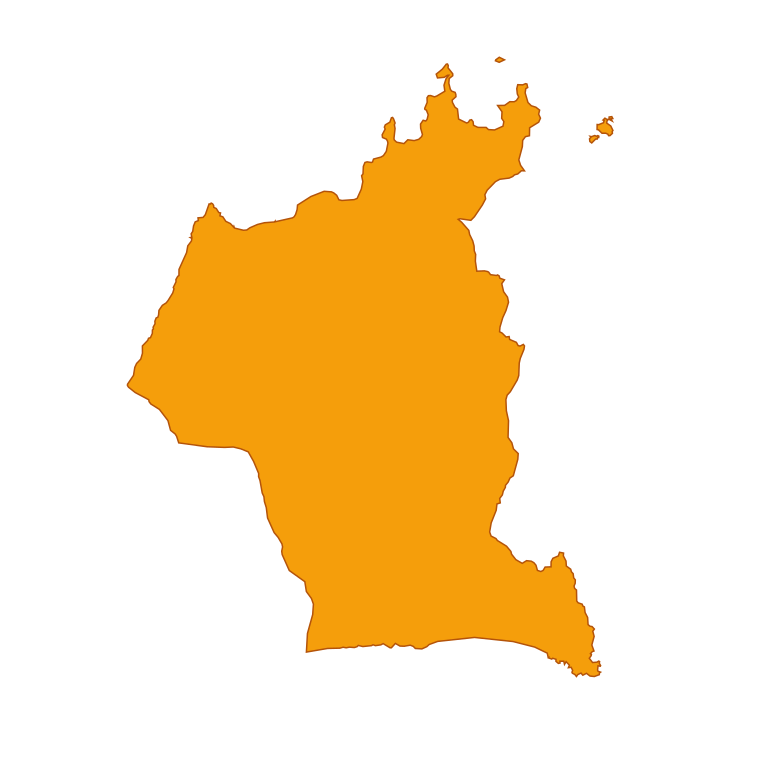 Butiam, Mara, United Republic of Tanzania, rotated 84°
{"feature_id": "72390352B35299561044003", "entity_name": "Butiam", "entity_type": "district", "adm_level": 2, "iso_a3": "TZA", "parent_name": "United Republic of Tanzania", "parent_adm1": "Mara", "projection": "albers", "projection_center": [33.892, -1.67], "detail": "fine", "context": "isolated", "style": "filled", "palette": "amber", "viewbox_px": 768, "rotation_deg": 84, "n_neighbors": 0, "source": "geoboundaries", "source_scale": "gbopen_adm2", "svg_char_len": 6149}
<svg xmlns="http://www.w3.org/2000/svg" viewBox="0 0 768 768"><g transform="rotate(84 384 384)"><path d="M642.5,489.2L641.1,467.7L642.1,455.5L641.5,452.2L642.4,449.2L642.1,445.9L643.0,441.0L642.4,438.2L641.3,436.9L642.9,432.5L642.9,423.8L642.2,422.2L643.3,419.9L643.1,414.4L642.1,412.0L647.0,405.5L647.1,404.2L643.2,399.8L646.3,395.5L646.9,391.3L646.5,385.2L648.0,382.3L650.3,380.5L651.4,374.0L649.7,368.9L647.8,366.3L645.6,357.5L645.5,320.5L653.6,282.6L661.4,261.6L668.7,249.8L673.0,249.3L673.0,248.8L673.5,249.2L675.1,245.9L674.4,244.9L675.8,241.7L677.8,242.0L680.1,239.8L679.9,238.1L678.1,238.1L678.5,234.2L681.7,233.8L679.2,231.9L683.0,229.0L685.4,230.3L685.3,227.5L688.5,226.3L690.3,227.2L691.3,226.9L692.9,224.5L695.0,223.2L693.2,221.6L692.1,218.3L694.4,216.7L692.9,212.9L696.0,209.6L696.9,205.4L695.6,200.3L693.8,199.9L693.2,198.8L692.0,201.2L690.9,201.5L686.6,200.6L687.3,198.4L686.7,198.0L684.2,199.1L682.6,198.6L682.0,199.4L682.9,201.3L682.8,205.7L678.2,208.5L675.9,206.4L674.6,206.0L673.8,206.9L671.9,204.8L671.5,203.1L665.3,204.6L657.0,201.4L651.7,202.2L649.7,200.4L647.0,202.4L646.4,204.5L644.6,206.2L637.5,205.9L632.3,207.9L626.6,208.0L625.5,209.5L623.7,209.9L621.9,213.8L620.0,215.0L609.0,214.1L607.2,215.8L604.8,216.1L602.2,214.7L598.8,214.2L596.6,215.6L592.4,215.7L590.4,217.2L587.7,217.7L584.1,221.7L579.1,221.5L573.7,223.6L570.9,223.1L569.7,227.0L573.2,228.6L575.0,234.3L578.3,236.4L583.3,237.0L582.9,242.9L586.0,245.2L586.9,247.6L585.4,250.9L580.1,251.8L577.4,253.6L575.6,256.1L574.6,260.7L576.8,265.3L572.5,271.2L566.6,274.9L563.8,275.3L558.1,279.1L551.5,287.6L549.4,288.8L546.4,293.4L542.2,294.4L533.3,291.9L521.3,285.6L515.1,284.2L514.4,280.8L509.9,280.9L506.7,277.9L503.0,276.6L499.5,274.1L497.5,273.8L494.4,270.7L490.7,268.6L488.8,265.0L472.9,258.8L467.2,257.8L462.1,262.0L455.8,263.0L450.1,266.2L433.5,264.0L423.4,265.1L412.3,264.4L408.0,262.7L404.9,259.2L394.0,251.1L389.7,249.1L377.3,247.3L372.8,245.8L364.2,241.2L360.8,240.3L359.2,241.3L360.5,244.7L359.8,246.6L356.4,248.0L352.8,254.4L349.9,254.6L350.0,257.7L345.7,261.2L344.1,263.6L339.5,262.7L330.5,259.0L323.7,255.0L315.7,251.6L310.5,252.1L304.7,255.4L296.5,256.4L293.0,253.3L290.9,257.7L288.5,258.2L287.4,259.6L287.8,260.9L286.4,266.6L283.6,268.3L282.9,269.5L282.0,272.3L281.5,279.9L271.4,280.3L264.7,279.3L261.0,280.3L256.2,280.0L250.9,280.8L244.3,283.2L240.1,283.6L231.2,289.9L228.0,293.0L227.6,291.2L230.3,280.5L227.1,276.6L216.3,267.5L210.5,263.6L206.3,263.9L202.0,261.1L194.4,252.0L192.5,247.5L192.3,238.0L191.1,234.3L189.6,232.3L189.1,229.0L186.3,225.1L186.7,222.0L180.8,225.3L175.2,226.5L162.4,221.6L156.2,220.6L152.8,217.5L152.3,213.4L144.4,212.4L139.8,202.8L136.0,200.6L131.8,202.0L127.9,200.6L124.6,204.0L122.7,208.4L119.1,211.4L109.2,213.2L105.0,212.1L104.2,210.1L100.6,210.5L100.1,211.8L101.0,214.8L100.3,219.7L104.2,221.1L109.5,221.1L112.7,220.0L115.9,222.7L116.9,225.0L116.4,229.4L119.5,234.9L118.9,241.9L125.6,238.2L132.1,239.2L135.5,237.4L140.0,238.7L142.9,247.5L141.9,253.5L139.5,255.6L138.6,263.8L136.1,267.9L132.4,268.0L130.3,269.3L130.5,271.1L132.5,272.7L133.1,274.5L128.3,282.1L118.2,282.2L116.1,284.5L111.1,286.5L108.8,286.5L105.8,282.4L103.4,282.3L101.4,282.8L99.8,286.1L97.9,287.2L91.7,288.1L87.0,287.2L84.6,283.4L82.7,283.2L76.2,287.3L74.0,286.8L72.4,287.4L72.4,288.6L76.9,293.0L81.3,299.7L85.2,298.8L85.3,292.0L83.6,288.7L83.7,287.3L86.9,290.4L93.1,293.1L99.2,292.9L103.1,301.4L103.7,303.8L102.0,307.5L101.9,309.7L103.8,311.3L108.4,311.6L114.1,314.7L115.2,314.6L116.1,313.2L120.9,311.9L125.4,313.5L126.8,315.0L125.8,317.5L129.3,320.5L133.5,320.8L139.9,319.7L141.9,320.7L144.3,323.9L145.1,328.5L143.6,334.8L147.0,339.0L144.8,346.2L142.3,348.3L140.7,348.4L131.1,346.3L127.3,346.6L125.6,345.7L121.2,346.8L119.8,347.6L120.0,348.8L124.2,350.8L126.4,355.6L128.6,356.8L130.6,356.2L136.0,359.8L138.7,359.7L140.7,356.1L142.6,355.2L144.8,354.9L152.9,357.4L156.8,360.7L158.0,363.3L159.2,370.9L162.0,372.2L162.4,373.4L161.3,377.6L161.7,379.8L165.4,381.8L172.8,382.9L174.5,384.5L180.5,383.9L187.8,386.2L196.6,391.3L197.5,394.4L197.1,406.6L196.1,409.6L191.4,411.3L188.7,414.0L187.4,416.2L186.1,423.4L189.9,437.1L197.0,451.3L201.5,452.2L206.1,454.2L208.3,455.9L209.2,457.6L211.3,475.5L210.8,475.4L211.4,476.1L211.1,486.0L212.1,493.1L214.6,501.0L216.5,504.4L216.4,507.7L213.3,516.4L211.7,516.8L212.3,517.1L208.4,520.0L205.7,524.3L200.9,526.8L199.6,529.6L196.8,528.7L196.2,530.4L191.9,532.5L190.6,534.8L188.5,534.8L186.8,535.7L186.0,537.0L186.9,537.9L186.6,539.1L196.9,544.0L199.4,546.5L199.3,551.6L202.1,551.6L203.0,554.8L206.9,556.9L212.3,558.3L214.5,560.1L218.0,559.8L218.1,561.3L219.2,559.9L221.7,560.6L226.1,564.7L232.7,566.6L248.6,575.9L254.7,576.6L255.4,577.9L258.3,580.0L260.7,580.2L266.0,583.5L267.4,582.9L271.4,584.6L278.5,590.1L280.6,592.2L282.6,596.2L287.2,600.1L291.8,601.0L293.9,601.9L294.5,603.7L297.6,605.3L300.1,605.4L303.4,607.7L305.1,607.6L306.1,608.7L309.5,609.1L311.7,610.4L313.5,611.4L313.9,613.4L315.9,614.4L320.9,620.3L328.2,621.0L333.8,623.3L337.7,627.9L341.4,630.1L349.2,632.2L357.4,639.1L358.7,639.3L360.5,638.4L366.5,632.3L375.1,619.6L377.0,619.5L379.5,618.0L385.8,610.0L397.8,602.7L407.8,601.1L411.9,596.9L414.4,595.7L421.1,594.3L427.9,566.6L430.4,549.1L430.9,540.5L433.5,533.2L437.3,526.1L447.3,521.8L459.9,518.0L463.0,518.4L467.1,517.4L479.7,516.5L483.5,515.2L488.5,515.2L494.6,514.0L505.1,513.8L520.3,508.8L525.5,505.3L532.4,502.2L535.4,501.9L539.6,503.2L543.0,503.1L559.6,497.7L572.3,483.4L582.3,482.9L589.7,478.6L595.5,477.2L605.8,479.0L624.1,486.2L642.5,489.2ZM156.8,130.7L155.8,129.8L151.1,131.5L147.8,135.2L145.8,134.8L144.2,133.1L144.2,134.6L142.7,136.5L144.4,138.6L144.9,137.5L147.1,138.4L148.5,143.3L148.2,144.9L153.2,145.5L153.6,144.2L157.4,141.0L157.8,137.2L159.0,135.2L160.5,134.7L160.6,133.3L158.6,130.6L156.8,130.7ZM166.0,152.2L162.5,147.9L162.7,146.4L161.2,145.7L161.3,144.7L160.0,144.4L159.3,145.4L159.8,146.9L158.9,148.4L159.7,151.7L159.3,153.0L160.2,152.4L161.7,154.0L164.4,153.9L166.0,152.2ZM74.2,239.4L76.1,235.8L74.2,230.3L71.1,235.2L73.3,239.0L74.2,239.4ZM144.0,130.6L143.9,128.7L141.9,129.5L142.0,132.2L144.3,132.5L146.3,129.6L144.0,130.6Z" fill="#f59e0b" stroke="#b45309" stroke-width="1.5"/></g></svg>